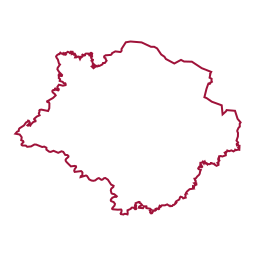 the district of Kalētu pag., Priekules, Latvia
{"feature_id": "27541924B96386637120748", "entity_name": "Kalētu pag.", "entity_type": "district", "adm_level": 2, "iso_a3": "LVA", "parent_name": "Latvia", "parent_adm1": "Priekules", "projection": "mercator", "projection_center": [21.495, 56.335], "detail": "fine", "context": "isolated", "style": "outline", "palette": "rose", "viewbox_px": 256, "rotation_deg": 0, "n_neighbors": 0, "source": "geoboundaries", "source_scale": "gbopen_adm2", "svg_char_len": 5741}
<svg xmlns="http://www.w3.org/2000/svg" viewBox="0 0 256 256"><path d="M201.8,68.2L191.9,61.7L184.0,61.5L181.0,59.9L174.3,63.5L165.9,59.0L164.4,56.7L161.2,54.5L157.1,48.4L154.2,46.8L151.0,46.8L141.6,42.4L130.5,41.5L125.8,42.3L121.5,49.0L121.6,50.7L121.0,51.6L120.3,52.0L115.3,51.4L112.0,53.2L111.6,54.3L110.8,54.9L105.6,55.3L104.2,56.3L104.1,57.0L104.4,57.7L105.6,58.3L105.7,59.3L106.6,60.7L104.8,63.0L103.0,63.0L102.4,64.4L99.5,65.9L98.5,65.6L98.4,66.1L97.1,66.5L96.6,65.9L95.7,65.7L95.6,66.6L93.5,68.2L91.8,66.5L92.9,66.0L92.7,65.0L92.9,64.8L93.9,65.7L94.6,64.9L92.8,63.3L92.1,61.1L91.8,60.9L92.8,60.4L92.9,59.8L92.0,59.5L91.2,57.9L91.1,57.3L92.1,56.6L92.1,56.1L90.3,55.6L92.0,54.4L92.2,53.5L91.4,52.9L90.7,52.9L89.0,54.5L88.5,54.2L88.7,53.7L88.1,53.6L85.9,53.6L85.2,54.1L84.9,54.5L85.0,55.3L84.6,55.5L82.5,54.6L82.3,54.8L82.6,56.4L81.2,57.5L80.9,56.8L80.4,56.8L80.6,57.8L80.0,59.1L79.1,57.1L78.1,56.5L76.3,57.4L75.1,57.4L75.8,55.5L74.7,54.9L75.2,54.4L75.0,54.0L74.0,54.5L73.8,53.6L72.7,53.9L73.0,53.4L72.6,51.8L70.7,51.7L70.4,52.7L70.9,52.7L71.0,53.4L69.9,53.2L69.7,52.7L67.8,51.8L66.1,53.1L65.2,53.0L65.1,53.5L65.8,54.5L65.4,54.7L64.7,54.0L64.1,54.5L63.6,53.7L63.4,54.2L63.0,54.2L62.5,53.4L61.4,53.6L60.3,52.7L59.4,54.1L58.8,54.0L57.1,55.1L56.1,56.4L56.5,57.6L57.9,59.6L59.0,63.7L60.0,64.5L57.7,67.8L57.4,69.3L59.1,72.0L62.1,75.0L61.9,75.9L61.0,76.1L59.9,75.3L59.5,74.5L58.9,74.4L58.6,75.1L58.9,76.9L58.8,78.1L60.1,79.2L59.7,80.9L62.7,81.9L63.7,83.2L65.3,83.3L65.7,84.2L65.6,85.1L62.9,85.7L58.9,84.7L57.3,87.0L57.5,87.9L58.8,89.2L58.7,89.9L58.3,90.4L56.8,90.0L55.3,88.5L55.0,88.6L54.7,90.1L53.3,90.0L52.5,90.6L52.3,91.1L52.7,92.3L55.1,94.4L55.7,95.4L53.1,97.9L47.1,101.3L47.4,102.1L48.9,102.3L49.4,103.4L49.3,108.2L48.1,111.0L41.3,109.6L39.8,109.9L39.3,110.5L39.5,111.8L38.8,113.3L39.6,115.3L36.9,116.5L34.2,118.8L34.1,119.2L34.4,119.6L35.5,120.4L35.5,121.3L33.3,122.0L31.0,124.3L30.3,125.7L29.1,125.1L28.0,125.7L27.4,125.3L28.9,124.0L29.8,122.5L28.8,120.8L28.1,120.6L27.7,121.6L26.0,122.5L23.9,125.5L19.5,128.3L18.9,129.2L18.7,131.0L17.1,131.7L15.4,133.7L19.7,134.5L21.5,136.9L21.7,137.6L21.2,140.2L23.1,141.0L23.5,142.0L21.5,144.2L21.7,145.1L22.4,145.5L25.8,145.6L27.2,146.8L31.1,146.4L34.4,144.5L36.2,144.6L42.2,147.0L44.2,146.6L46.4,147.7L46.4,149.6L49.2,151.7L50.7,151.9L53.5,150.8L58.2,152.8L61.5,151.3L63.3,151.9L65.2,154.9L67.5,155.1L68.5,156.2L68.3,157.0L66.2,158.8L65.6,159.8L65.7,160.8L66.6,162.1L70.9,166.4L74.7,165.9L76.0,166.3L76.1,167.2L74.7,169.1L74.2,170.8L74.7,171.9L81.1,171.1L82.1,171.9L82.5,172.8L82.3,173.8L82.4,175.4L80.8,176.2L80.6,177.1L86.0,175.5L87.1,176.1L89.2,179.4L91.4,180.5L93.3,180.8L95.2,180.4L97.5,178.6L98.9,178.1L101.3,179.8L102.5,179.6L104.1,178.2L105.3,178.0L107.9,179.7L111.1,184.6L113.6,185.8L113.3,187.0L111.4,188.5L111.0,189.4L110.8,190.6L111.4,193.0L112.1,193.7L114.3,194.2L116.8,196.3L116.3,196.9L114.3,196.9L112.4,197.7L110.9,199.5L110.8,200.6L111.1,201.1L113.7,202.1L115.0,203.9L114.5,205.6L112.4,208.0L112.1,208.8L112.8,209.3L117.8,209.7L121.1,209.5L121.5,210.0L121.6,210.8L121.3,212.2L120.6,213.5L120.9,214.1L123.5,214.5L124.3,213.9L125.7,213.9L127.5,214.4L127.7,213.8L127.5,210.3L130.7,208.9L131.6,207.7L132.9,207.6L134.0,208.0L135.1,209.2L136.0,209.1L136.4,208.5L135.2,206.6L136.0,206.3L136.1,205.7L135.0,205.5L135.2,204.7L135.7,204.2L135.6,203.2L138.8,201.9L139.5,202.0L139.5,202.8L140.7,203.4L142.2,205.2L139.5,206.3L138.8,207.2L139.0,207.8L143.0,208.2L144.1,206.3L146.4,206.3L146.5,206.6L146.2,207.6L146.4,208.1L150.1,208.7L151.1,209.6L151.0,210.0L149.9,210.7L150.6,211.5L150.2,212.5L151.1,213.4L152.0,213.2L152.8,211.9L153.1,210.4L154.9,210.8L156.6,209.6L155.5,209.8L155.3,209.3L155.4,209.0L156.7,208.5L157.6,208.9L158.2,208.4L158.8,209.1L159.1,208.9L159.0,207.5L159.7,205.7L160.5,206.0L160.4,206.7L160.6,206.9L161.9,205.3L165.0,205.3L167.2,204.4L169.1,205.7L169.8,205.6L170.1,206.2L172.2,206.0L173.1,204.9L174.1,204.8L175.4,203.7L175.1,203.5L175.2,203.1L176.3,202.5L175.8,201.9L176.2,201.3L179.3,199.5L180.0,197.3L180.6,196.7L182.4,197.3L183.2,198.4L185.7,197.6L185.3,196.8L185.6,195.5L185.2,194.5L185.8,193.7L186.7,193.6L186.1,192.8L187.0,191.5L189.6,189.2L193.6,188.6L193.0,187.9L193.0,186.3L194.1,186.8L194.3,185.6L196.4,184.6L196.3,183.7L195.2,184.2L194.2,183.2L195.7,182.8L195.5,182.0L195.8,181.1L195.1,180.3L194.5,178.7L195.7,178.5L197.3,176.4L199.0,174.9L199.7,173.7L200.1,171.5L200.8,169.9L198.6,169.1L198.2,168.3L199.0,167.2L199.8,167.0L199.6,166.6L200.5,166.3L200.6,166.9L201.7,167.3L202.2,166.8L201.3,165.0L200.3,164.9L200.4,162.8L201.9,162.7L202.8,161.6L203.8,163.3L204.2,162.0L204.7,161.5L205.1,162.7L204.9,163.2L205.7,163.5L205.5,162.8L205.6,162.7L206.2,163.4L206.7,163.2L207.5,164.5L208.0,164.0L209.3,164.2L210.8,163.7L210.9,163.0L211.4,163.0L213.2,163.8L214.3,163.7L214.5,164.5L216.5,165.8L218.5,164.9L218.5,164.3L217.5,163.0L218.5,162.7L218.3,161.8L219.3,160.7L218.5,160.0L219.1,159.4L219.0,158.9L218.5,159.3L218.2,159.0L218.5,158.0L219.2,157.6L219.0,157.0L219.1,156.3L220.8,156.0L222.3,156.5L225.8,155.3L225.8,153.8L225.2,153.6L224.8,152.8L226.1,152.6L226.3,152.3L226.0,151.8L227.0,151.4L227.3,150.5L229.1,151.2L231.4,150.4L233.5,151.4L234.9,150.4L235.2,149.7L235.9,150.2L238.2,149.6L239.3,149.8L239.4,148.2L238.8,148.3L238.4,147.7L239.4,147.6L239.5,145.9L238.8,145.9L238.3,145.1L237.0,145.4L236.7,144.4L236.8,143.8L237.7,143.4L238.1,142.5L236.5,140.6L237.9,136.5L238.0,132.9L237.3,131.4L237.3,130.5L238.6,127.7L239.8,126.6L239.7,123.8L240.6,122.4L237.6,118.9L235.0,110.8L226.6,110.1L226.0,111.3L222.6,114.4L221.7,105.3L211.8,101.7L206.6,98.1L204.4,97.2L206.5,88.8L208.1,84.3L208.5,83.5L209.7,83.9L210.2,83.5L210.2,82.7L211.9,81.8L211.5,80.7L211.6,78.8L209.6,77.7L210.4,73.8L210.2,73.7L211.2,71.9L201.8,68.2Z" fill="none" stroke="#9f1239" stroke-width="2"/></svg>